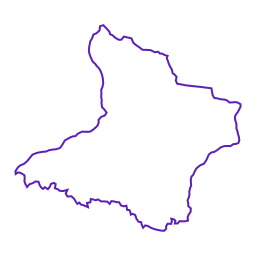 the district of Votuporanga, São Paulo, Brazil
{"feature_id": "56859067B13648095605240", "entity_name": "Votuporanga", "entity_type": "district", "adm_level": 2, "iso_a3": "BRA", "parent_name": "Brazil", "parent_adm1": "São Paulo", "projection": "mercator", "projection_center": [-50.002, -20.446], "detail": "fine", "context": "isolated", "style": "outline", "palette": "violet", "viewbox_px": 256, "rotation_deg": 0, "n_neighbors": 0, "source": "geoboundaries", "source_scale": "gbopen_adm2", "svg_char_len": 2977}
<svg xmlns="http://www.w3.org/2000/svg" viewBox="0 0 256 256"><path d="M123.9,36.6L121.4,39.7L118.9,39.8L115.7,38.1L112.4,35.2L110.0,34.1L109.5,31.8L107.8,29.9L106.2,28.1L103.3,25.2L100.1,26.2L99.5,30.5L96.5,33.2L93.4,34.6L92.0,38.5L90.3,41.3L89.3,46.3L88.9,49.5L89.2,53.0L90.5,56.7L92.0,60.2L93.3,62.2L95.2,63.8L96.8,66.1L99.1,68.4L100.6,71.1L102.0,74.6L102.7,77.8L103.1,81.1L103.2,83.6L102.4,87.2L101.2,89.9L101.4,93.1L101.2,97.4L101.8,99.9L101.5,102.7L102.0,107.1L103.8,108.9L106.6,112.5L104.9,115.4L101.1,117.0L98.5,119.9L98.7,122.3L97.8,125.2L95.9,127.3L93.2,129.6L90.7,131.4L88.4,131.8L85.5,131.8L82.4,131.6L80.0,132.6L77.6,133.9L75.5,136.1L72.8,136.4L70.2,137.4L67.0,139.2L64.9,140.4L62.7,144.1L61.3,146.3L59.7,148.1L56.2,149.2L51.7,149.7L48.8,150.3L46.4,151.5L42.6,151.8L39.9,152.3L36.7,152.9L34.6,153.8L32.5,154.6L29.2,158.7L27.1,161.2L24.0,163.9L20.8,165.1L18.3,166.9L16.8,169.0L15.4,171.3L15.7,174.0L18.1,172.3L21.0,173.1L24.5,175.3L24.7,178.7L24.4,181.2L25.4,184.0L27.1,187.0L29.4,184.3L32.9,183.1L35.4,181.5L38.5,181.7L39.3,184.3L40.9,187.2L43.0,188.9L44.8,187.2L47.9,189.2L49.7,186.9L51.0,183.9L53.9,182.9L55.7,184.1L54.9,188.2L57.9,189.3L59.8,190.8L62.8,191.1L67.4,189.9L65.7,193.6L67.5,196.5L71.5,196.3L74.0,198.7L76.0,201.9L77.4,203.9L79.4,202.6L80.8,204.5L83.0,205.0L85.1,205.9L88.0,207.2L87.0,202.9L90.4,202.3L90.8,199.0L93.3,199.5L95.7,200.3L97.9,199.4L101.2,201.4L104.3,201.4L107.4,201.7L109.7,203.9L111.4,201.1L114.3,201.5L116.7,202.2L119.2,202.3L121.0,205.5L123.8,206.3L126.4,205.7L127.1,209.9L129.5,210.1L130.4,212.3L130.8,214.6L132.8,213.9L135.2,215.0L136.4,218.7L138.5,221.7L141.2,222.2L141.7,224.7L143.1,227.7L145.2,225.4L147.9,226.0L150.2,227.4L152.2,228.3L155.3,229.4L158.6,230.1L161.1,230.6L164.1,230.8L166.2,228.7L166.1,226.2L167.7,223.7L171.0,223.9L171.9,221.3L171.3,218.7L173.8,219.3L175.4,220.7L174.8,223.5L177.7,223.4L179.6,221.1L181.9,221.3L184.8,221.3L188.0,220.6L187.6,217.3L188.7,214.5L190.6,211.9L190.8,208.4L188.2,206.0L188.3,203.7L187.6,200.5L188.8,197.4L189.5,194.6L189.3,191.6L190.1,188.1L191.2,185.4L190.9,182.9L190.8,179.1L191.5,176.6L193.3,174.7L194.7,171.4L196.5,168.3L198.6,166.6L200.4,165.2L203.9,163.7L206.6,159.7L207.5,157.5L208.7,154.7L211.1,152.6L214.5,151.8L217.2,150.1L220.7,147.4L224.2,146.1L227.6,146.0L230.5,146.1L233.4,144.1L235.7,144.0L238.4,143.0L239.3,140.2L238.9,137.0L237.9,133.7L237.5,131.3L236.4,128.5L236.5,126.2L236.3,123.2L235.1,119.9L234.9,117.1L235.8,114.7L237.8,112.1L239.4,109.0L240.6,106.5L240.5,104.2L237.8,102.6L235.4,102.1L232.1,102.4L229.4,102.5L226.8,100.3L224.6,99.6L220.4,99.2L217.4,98.4L214.4,98.0L212.7,95.3L211.4,88.3L199.6,86.8L195.3,86.4L186.4,85.4L177.2,83.7L175.8,80.6L176.6,76.9L174.5,74.5L172.6,73.2L171.9,69.6L170.4,67.1L168.7,63.6L168.0,61.1L166.8,58.5L167.6,55.8L164.9,55.2L162.3,53.7L159.8,53.5L158.3,51.8L154.8,52.2L150.7,50.2L146.8,49.9L144.1,49.9L142.0,49.5L139.7,47.5L137.3,46.0L134.8,44.1L133.1,42.4L131.5,38.4L123.9,36.6Z" fill="none" stroke="#5b21b6" stroke-width="2"/></svg>